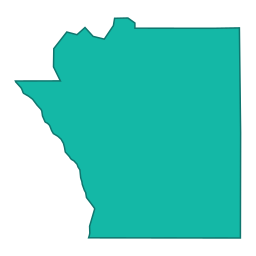 La Crosse, Wisconsin, United States of America (Mercator projection)
{"feature_id": "52423323B46619717381049", "entity_name": "La Crosse", "entity_type": "district", "adm_level": 2, "iso_a3": "USA", "parent_name": "United States of America", "parent_adm1": "Wisconsin", "projection": "mercator", "projection_center": [-91.275, 43.907], "detail": "fine", "context": "isolated", "style": "filled", "palette": "teal", "viewbox_px": 256, "rotation_deg": 0, "n_neighbors": 0, "source": "geoboundaries", "source_scale": "gbopen_adm2", "svg_char_len": 801}
<svg xmlns="http://www.w3.org/2000/svg" viewBox="0 0 256 256"><path d="M213.1,28.3L134.9,28.2L134.9,23.0L127.9,18.0L114.6,18.3L113.4,25.6L104.3,39.1L93.1,36.4L85.0,27.5L77.0,34.7L66.8,32.0L53.8,48.6L53.5,66.9L60.4,80.9L15.4,81.0L15.8,82.0L20.9,87.6L21.8,89.1L23.1,92.6L23.7,93.4L28.5,96.1L32.6,99.2L37.2,105.3L41.0,109.4L41.8,111.0L42.5,116.0L45.0,121.7L45.3,122.1L47.5,123.3L49.2,124.9L49.9,126.1L51.6,130.5L53.4,133.6L57.8,136.2L61.1,139.2L63.4,143.2L64.4,146.9L65.3,152.0L69.5,156.7L70.6,158.5L71.5,159.4L74.0,160.9L77.1,164.3L78.0,166.9L79.9,169.9L80.7,177.8L81.9,181.6L82.3,184.5L84.4,190.3L85.7,192.6L86.5,197.6L90.6,202.9L94.5,208.2L94.6,209.2L89.6,226.2L89.8,233.1L89.4,235.3L88.6,237.8L240.4,238.0L240.6,132.6L239.4,27.9L213.1,28.3Z" fill="#14b8a6" stroke="#0f766e" stroke-width="1.5"/></svg>